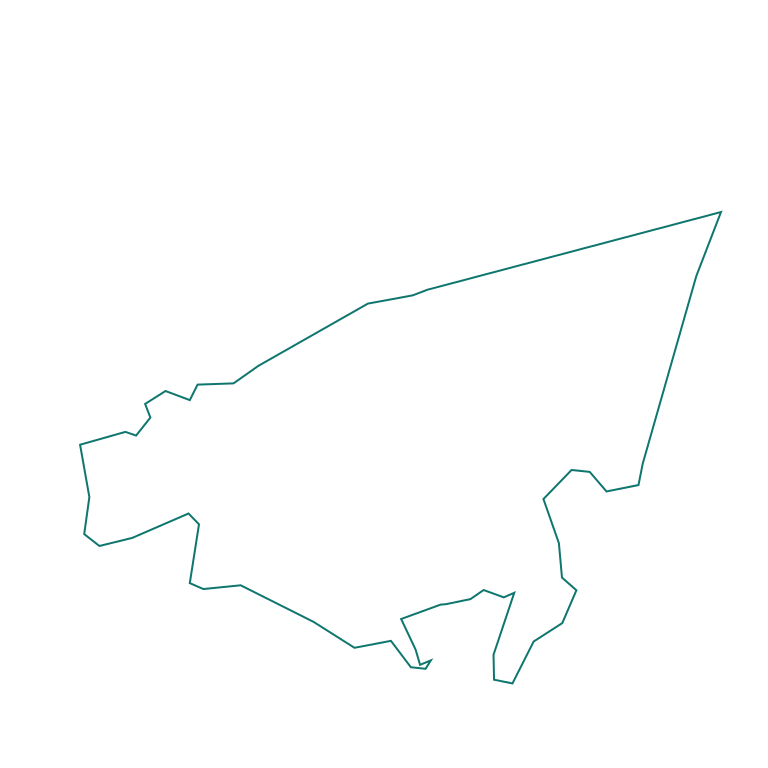 Prince George, Virginia, United States of America, rotated 197°
{"feature_id": "52423323B90517976526133", "entity_name": "Prince George", "entity_type": "district", "adm_level": 2, "iso_a3": "USA", "parent_name": "United States of America", "parent_adm1": "Virginia", "projection": "mercator", "projection_center": [-77.216, 37.157], "detail": "fine", "context": "isolated", "style": "outline", "palette": "teal", "viewbox_px": 768, "rotation_deg": 197, "n_neighbors": 0, "source": "geoboundaries", "source_scale": "gbopen_adm2", "svg_char_len": 814}
<svg xmlns="http://www.w3.org/2000/svg" viewBox="0 0 768 768"><g transform="rotate(197 384 384)"><path d="M111.1,361.8L113.3,383.5L116.9,578.5L112.0,647.0L370.1,486.8L382.4,477.2L422.9,456.2L509.4,364.7L528.1,340.6L562.1,328.9L565.0,311.8L590.9,313.4L606.6,295.1L597.6,283.6L606.0,262.2L617.3,262.6L656.9,237.1L632.7,189.7L626.8,152.8L608.8,145.9L579.8,163.2L533.1,203.0L519.9,195.7L511.5,136.8L496.8,135.1L462.2,149.6L381.8,135.9L335.1,123.1L302.3,140.4L275.5,121.0L261.0,123.8L258.4,133.4L267.4,126.0L276.1,139.2L298.9,164.3L265.5,189.5L260.5,191.5L238.4,203.6L228.5,216.1L207.1,215.0L198.4,222.4L200.1,157.1L192.3,133.4L173.6,135.2L165.6,181.5L143.6,207.5L139.7,243.0L157.2,250.9L170.2,282.9L197.9,320.6L179.5,356.6L161.6,360.1L139.8,346.3L111.1,361.8Z" fill="none" stroke="#0f766e" stroke-width="2"/></g></svg>